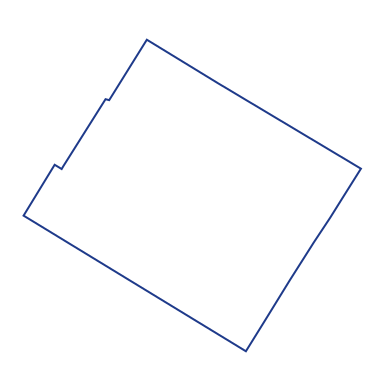 outline of Jay, Indiana, United States of America, rotated 32°
{"feature_id": "52423323B29705647832247", "entity_name": "Jay", "entity_type": "district", "adm_level": 2, "iso_a3": "USA", "parent_name": "United States of America", "parent_adm1": "Indiana", "projection": "equal_earth", "projection_center": [-84.999, 40.439], "detail": "fine", "context": "isolated", "style": "outline", "palette": "blue", "viewbox_px": 384, "rotation_deg": 32, "n_neighbors": 0, "source": "geoboundaries", "source_scale": "gbopen_adm2", "svg_char_len": 368}
<svg xmlns="http://www.w3.org/2000/svg" viewBox="0 0 384 384"><g transform="rotate(32 192 192)"><path d="M73.0,86.8L73.1,158.0L69.5,159.1L69.2,238.6L69.3,241.6L66.3,241.6L61.1,241.7L61.7,301.3L322.1,298.5L322.0,263.3L321.7,214.9L322.0,172.9L322.0,170.6L322.8,140.6L322.8,119.0L322.9,82.7L156.1,86.0L73.0,86.8Z" fill="none" stroke="#1e3a8a" stroke-width="2"/></g></svg>